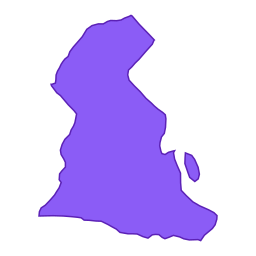 outline of Sundsvall, Västernorrland, Sweden
{"feature_id": "70781695B99117995283452", "entity_name": "Sundsvall", "entity_type": "district", "adm_level": 2, "iso_a3": "SWE", "parent_name": "Sweden", "parent_adm1": "Västernorrland", "projection": "orthographic", "projection_center": [16.938, 62.56], "detail": "fine", "context": "isolated", "style": "filled", "palette": "violet", "viewbox_px": 256, "rotation_deg": 0, "n_neighbors": 0, "source": "geoboundaries", "source_scale": "gbopen_adm2", "svg_char_len": 1839}
<svg xmlns="http://www.w3.org/2000/svg" viewBox="0 0 256 256"><path d="M71.7,49.2L69.9,51.6L68.1,56.5L65.0,58.9L62.9,61.6L61.2,64.2L59.6,67.6L57.5,71.2L56.1,75.0L55.9,79.7L55.4,83.1L51.9,84.3L51.1,84.3L51.5,85.7L56.8,92.8L60.5,95.6L68.2,104.7L73.9,110.5L76.6,113.9L75.9,117.6L74.9,122.7L73.5,126.1L71.1,130.1L69.7,134.5L64.9,139.3L62.2,144.3L60.4,150.1L61.1,154.5L63.8,159.0L65.4,162.4L65.4,167.1L61.6,171.2L59.6,173.9L59.2,179.7L61.2,182.5L59.1,187.9L56.4,192.0L54.6,195.0L49.8,200.5L45.3,205.2L41.2,207.9L39.4,211.7L39.0,216.0L47.3,215.8L53.4,215.7L63.3,216.0L72.0,216.7L77.1,217.2L81.2,217.8L84.1,220.1L89.3,220.3L95.9,221.0L101.2,221.2L108.0,224.5L111.5,226.5L116.3,229.1L120.0,232.4L128.0,233.8L133.0,233.8L137.2,234.0L142.9,236.6L148.0,238.1L152.3,234.8L155.4,234.4L158.9,234.6L162.2,237.4L164.9,238.7L169.1,237.2L173.4,235.4L179.6,236.9L183.8,238.8L189.3,239.9L198.1,239.6L200.7,240.6L204.4,235.2L207.4,232.7L212.4,228.5L215.1,224.8L216.8,219.2L217.0,215.6L213.9,212.6L208.6,209.8L199.6,205.8L192.9,201.9L186.2,195.6L181.2,190.3L180.6,182.8L180.5,173.1L177.1,165.4L174.6,159.1L173.5,152.7L174.6,150.7L172.4,151.2L168.5,152.3L165.1,154.5L161.9,153.6L160.9,151.2L159.7,145.9L160.0,142.6L161.5,136.9L164.3,133.4L165.5,127.3L165.9,118.8L165.3,114.8L162.9,112.6L157.8,109.0L154.4,106.1L151.4,103.1L146.0,98.4L140.3,91.8L134.5,86.1L129.1,80.2L127.7,74.9L128.5,70.0L131.8,66.9L135.0,63.2L139.1,59.2L145.4,51.9L152.3,44.2L154.0,40.2L154.3,40.0L149.2,34.6L139.2,24.3L132.1,16.0L131.0,15.4L129.1,16.4L124.5,18.1L121.1,20.0L116.6,20.7L110.7,20.5L107.4,21.5L103.3,23.9L98.2,23.9L92.0,25.6L86.8,29.3L82.3,36.7L78.5,41.1L73.5,46.8L71.7,49.2ZM185.1,157.6L184.9,163.6L188.1,173.0L189.7,177.4L194.8,181.5L198.2,178.9L199.4,174.2L198.1,167.3L194.6,159.4L191.7,155.4L185.4,152.9L185.1,157.6Z" fill="#8b5cf6" stroke="#5b21b6" stroke-width="1.5"/></svg>